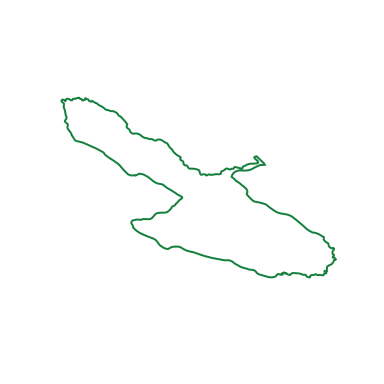 La Pintada, Antioquia, Colombia (Equal Earth projection), rotated 119°
{"feature_id": "7082276B54917779252174", "entity_name": "La Pintada", "entity_type": "district", "adm_level": 2, "iso_a3": "COL", "parent_name": "Colombia", "parent_adm1": "Antioquia", "projection": "equal_earth", "projection_center": [-75.609, 5.74], "detail": "fine", "context": "isolated", "style": "outline", "palette": "green", "viewbox_px": 384, "rotation_deg": 119, "n_neighbors": 0, "source": "geoboundaries", "source_scale": "gbopen_adm2", "svg_char_len": 6017}
<svg xmlns="http://www.w3.org/2000/svg" viewBox="0 0 384 384"><g transform="rotate(119 192 192)"><path d="M167.5,54.8L167.6,55.9L167.4,59.7L167.6,62.0L168.0,64.7L168.8,66.3L169.0,67.8L169.1,70.5L168.7,74.1L168.4,75.0L167.2,80.4L165.7,88.3L165.1,92.2L165.0,94.2L165.5,97.6L167.6,103.6L168.2,105.8L168.6,108.4L168.0,115.8L167.0,121.4L167.4,123.6L168.9,129.2L169.2,130.3L170.0,132.3L170.1,133.4L170.1,134.5L168.9,139.0L168.0,141.8L167.5,142.7L167.1,143.2L165.5,143.4L164.5,144.0L163.7,144.8L162.9,146.2L162.1,149.3L161.9,151.5L161.2,154.6L160.9,158.8L160.0,161.8L159.6,164.7L157.9,165.1L155.3,164.9L153.3,164.0L151.2,162.3L149.9,160.7L148.4,157.5L146.4,154.2L144.9,152.4L142.9,150.7L140.3,149.1L137.4,147.1L135.2,145.2L132.9,141.5L132.0,143.0L129.5,152.9L130.9,154.3L131.8,154.1L132.1,153.6L133.1,149.8L133.4,149.1L134.1,148.4L134.5,148.4L135.7,149.4L137.2,151.6L138.6,154.2L139.8,155.6L141.5,157.3L143.5,158.3L144.5,159.4L144.9,159.6L145.4,159.7L146.7,159.5L147.2,159.7L148.1,162.0L148.7,164.7L149.0,165.7L149.5,166.7L149.7,166.9L150.0,167.0L151.3,166.9L151.6,167.0L152.4,168.5L153.1,168.9L153.7,169.4L153.9,169.8L154.5,172.7L154.7,173.1L155.2,173.6L158.0,174.8L159.7,176.2L160.1,176.3L161.6,175.7L162.1,175.7L162.6,176.0L163.1,176.5L164.9,179.8L167.5,183.1L167.8,183.9L168.4,185.7L169.0,186.2L170.5,187.3L170.6,187.6L170.3,188.3L170.3,188.8L170.6,190.0L170.9,190.6L172.4,192.2L172.5,192.8L172.2,193.5L171.1,194.9L170.0,195.7L169.7,196.2L169.6,196.9L169.9,198.9L170.6,201.3L172.1,204.3L172.8,205.5L172.8,206.4L172.6,206.9L171.4,209.1L171.4,209.6L171.9,210.6L172.1,211.7L171.4,213.1L170.1,214.0L169.7,214.4L169.5,215.1L169.5,217.2L169.4,217.7L169.2,218.1L168.8,218.4L167.7,218.4L167.0,219.0L167.0,219.5L167.0,222.7L166.8,224.0L166.1,227.0L165.8,227.8L164.5,230.1L163.8,233.1L162.0,236.2L161.7,236.9L161.5,237.7L161.7,240.2L161.4,242.4L161.4,244.5L161.7,245.5L162.5,247.0L163.0,247.5L164.4,248.4L165.0,249.3L165.1,249.9L165.1,252.0L165.2,252.6L166.5,255.3L166.7,257.3L167.3,258.6L167.6,259.8L167.7,262.3L167.2,264.4L167.1,266.3L167.3,267.4L167.5,268.4L168.0,269.4L168.7,270.6L169.4,271.4L169.7,272.4L169.7,273.3L169.5,274.7L168.9,275.5L168.4,276.0L167.7,277.2L167.4,279.6L166.9,280.6L166.1,281.1L164.1,281.5L163.4,283.0L162.4,285.6L161.2,289.1L160.7,290.8L160.6,293.5L159.5,295.5L159.3,296.4L159.3,298.2L159.4,299.7L159.7,300.5L160.6,302.2L160.9,304.4L161.6,306.6L161.7,307.3L161.7,308.0L161.3,309.6L161.1,310.9L161.0,312.7L161.1,314.3L161.1,316.0L160.7,317.5L160.6,318.1L160.9,319.5L160.7,322.7L160.8,323.6L161.6,323.7L162.0,324.0L162.2,325.8L162.2,326.2L161.6,326.9L161.5,327.3L161.5,327.8L161.7,328.6L161.6,330.1L161.7,330.7L162.0,330.8L163.4,330.4L163.9,331.1L164.7,331.5L164.9,331.8L165.0,332.5L164.3,333.5L164.3,333.9L164.7,334.8L164.6,335.5L164.8,336.1L164.7,336.4L164.4,336.5L164.5,336.9L165.8,338.2L166.1,338.7L167.0,339.1L167.6,340.4L168.6,341.3L169.0,341.4L170.0,341.4L170.2,341.5L170.4,342.4L170.4,344.9L170.5,345.5L170.8,346.0L171.2,346.5L171.9,347.0L173.8,346.8L174.0,347.0L173.6,347.8L173.5,348.3L173.9,350.0L174.9,350.4L175.4,350.5L175.9,350.1L176.2,349.6L176.5,347.6L176.9,346.8L177.2,346.5L179.0,345.9L179.7,345.5L182.9,342.2L185.5,340.1L187.9,337.7L188.9,337.4L191.4,337.7L191.6,337.5L192.1,337.0L192.4,336.2L192.7,334.3L192.8,333.8L193.7,333.0L196.2,332.2L196.8,331.4L199.4,325.9L200.8,324.6L201.0,323.8L203.0,320.4L203.5,319.1L203.5,317.8L202.9,315.9L201.7,311.5L200.4,296.8L200.3,289.6L200.5,288.2L201.5,286.2L202.2,281.8L202.6,275.5L203.1,271.0L203.7,268.3L205.9,262.4L207.5,256.8L207.4,254.4L206.6,252.4L205.2,250.2L204.7,249.7L204.9,249.3L201.6,247.0L200.4,244.0L200.2,242.2L200.2,237.3L201.0,233.1L201.4,230.2L201.4,227.5L201.2,226.2L200.0,222.6L199.7,221.0L200.5,216.0L200.6,211.1L200.9,205.7L201.2,203.6L201.2,198.2L201.9,197.8L202.5,197.8L205.1,199.0L208.2,199.7L209.7,200.3L211.5,200.4L212.4,200.8L214.3,202.2L216.5,202.3L218.8,202.8L221.7,204.0L223.0,205.4L225.9,210.4L227.7,212.4L228.8,213.2L233.9,214.3L235.3,215.0L236.0,215.6L237.3,217.5L238.1,219.4L239.7,222.1L240.8,222.8L243.0,227.1L245.8,230.2L246.9,230.5L248.4,230.1L249.0,229.5L250.0,227.7L250.8,226.7L251.4,226.1L251.7,226.1L252.3,224.0L252.9,220.8L253.1,218.1L252.9,214.4L252.5,210.3L251.5,203.3L251.5,201.3L251.8,199.6L254.1,194.5L254.5,190.9L254.5,188.8L254.2,187.4L253.8,185.9L253.1,185.0L252.2,184.4L250.9,183.8L249.5,182.5L247.8,180.1L246.4,177.3L245.9,175.9L246.0,171.3L245.9,168.6L245.2,165.5L244.0,161.5L242.0,150.4L240.0,142.6L237.9,136.3L235.9,130.3L234.1,127.2L233.6,125.5L233.3,124.4L233.3,123.4L233.9,119.6L233.8,116.5L233.9,115.3L233.9,113.5L233.5,110.5L233.2,109.7L232.0,104.3L231.7,103.3L230.6,100.9L230.4,100.1L230.4,98.8L230.7,97.5L231.4,95.9L231.5,95.1L231.5,93.4L230.1,87.1L229.1,83.1L228.5,81.8L227.8,80.5L226.4,78.9L225.5,78.1L224.6,77.7L222.8,77.6L222.0,76.8L221.7,76.0L221.3,74.0L220.5,73.0L220.1,73.2L219.7,73.9L219.2,73.6L218.8,72.2L218.5,72.1L218.5,72.3L218.5,73.1L218.2,73.0L218.1,72.5L217.8,72.3L217.9,71.4L217.8,71.0L217.4,70.8L217.2,70.6L217.3,70.0L217.7,69.7L217.8,69.5L217.3,66.4L216.9,65.9L216.1,65.8L215.0,65.5L214.2,64.7L213.5,63.6L211.2,58.6L210.7,56.3L210.7,55.0L209.8,53.6L209.6,52.9L209.5,52.2L209.7,51.7L210.3,51.0L210.3,50.7L210.2,50.2L209.9,48.2L209.7,47.7L209.4,47.5L208.4,47.8L207.0,47.4L206.3,46.9L205.9,45.9L205.3,45.0L204.1,44.2L204.0,43.8L203.9,42.2L202.4,39.7L201.8,38.0L201.3,37.0L200.9,36.7L199.3,36.9L198.3,35.5L197.6,35.3L197.2,35.8L197.1,37.2L196.9,37.8L196.7,37.8L196.4,36.3L196.2,35.8L196.0,35.6L195.7,35.6L194.8,36.3L193.7,36.8L192.6,37.4L191.4,37.5L189.7,36.6L188.0,35.2L187.5,34.9L184.7,34.4L183.2,34.8L182.5,34.5L181.9,33.7L181.5,33.5L181.2,33.5L180.9,34.1L180.7,34.6L180.7,35.7L181.0,36.7L181.0,37.0L180.7,37.4L180.1,37.4L179.4,37.0L178.7,37.0L178.2,37.4L178.0,37.8L178.1,38.6L178.0,38.9L177.4,39.6L175.8,40.2L173.4,40.0L172.6,40.5L172.5,41.3L172.7,41.6L173.5,42.2L173.6,44.4L173.4,45.3L172.9,46.2L171.3,47.5L171.0,47.9L170.8,49.1L170.9,50.5L170.7,51.3L170.2,52.8L169.9,53.4L169.5,53.9L169.2,54.1L167.5,54.8Z" fill="none" stroke="#15803d" stroke-width="2"/></g></svg>